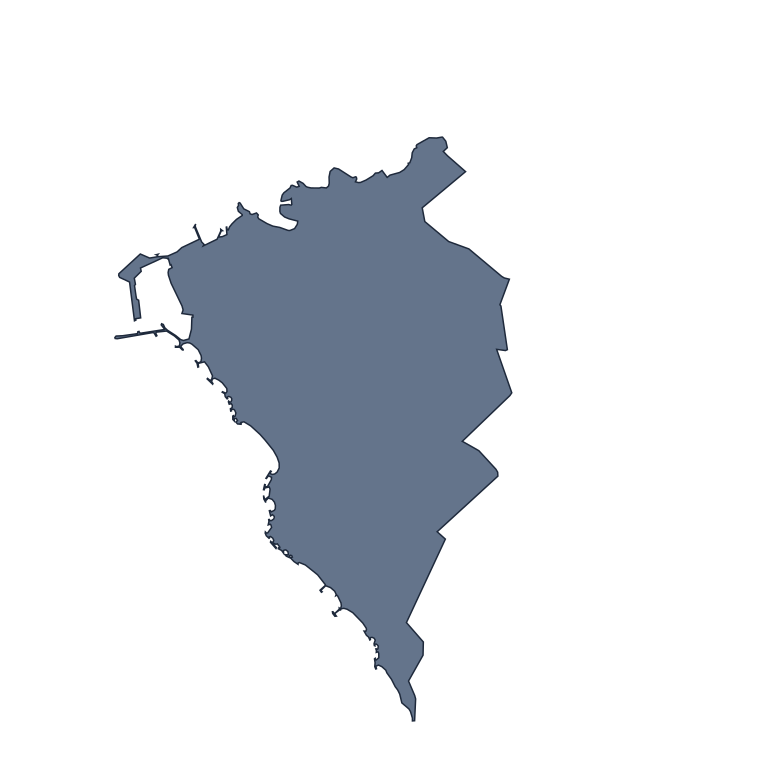 Mangalia, Constanta, Romania (Equal Earth projection), rotated 136°
{"feature_id": "2599482B15082485169173", "entity_name": "Mangalia", "entity_type": "district", "adm_level": 2, "iso_a3": "ROU", "parent_name": "Romania", "parent_adm1": "Constanta", "projection": "equal_earth", "projection_center": [28.576, 43.845], "detail": "fine", "context": "isolated", "style": "filled", "palette": "slate", "viewbox_px": 768, "rotation_deg": 136, "n_neighbors": 0, "source": "geoboundaries", "source_scale": "gbopen_adm2", "svg_char_len": 6171}
<svg xmlns="http://www.w3.org/2000/svg" viewBox="0 0 768 768"><g transform="rotate(136 384 384)"><path d="M221.0,372.3L223.8,376.7L224.6,379.6L229.1,422.2L238.5,441.5L241.8,472.5L234.1,484.2L177.8,480.1L179.8,504.1L179.8,510.1L174.3,510.0L170.9,515.7L170.4,520.9L171.0,521.5L175.3,524.4L180.5,529.8L193.9,533.3L195.4,532.9L196.3,531.2L199.0,532.1L203.1,530.7L206.9,527.5L211.8,525.2L213.3,526.0L213.9,524.8L220.6,524.2L225.8,525.3L234.6,530.1L238.2,530.4L237.1,539.0L241.1,539.6L243.7,541.7L247.2,541.4L255.3,543.2L260.9,545.3L262.5,546.7L264.1,549.3L261.2,550.4L260.2,552.0L260.5,552.8L263.1,554.0L263.9,555.8L267.3,570.2L269.8,574.1L275.1,574.3L279.7,571.1L284.0,566.4L286.5,564.9L289.3,565.1L292.5,569.0L294.4,569.9L300.3,575.7L302.3,578.7L302.9,580.3L302.8,584.5L304.2,589.1L306.2,589.6L307.7,585.1L310.0,586.2L311.8,590.5L312.9,591.3L315.4,590.3L323.2,591.1L326.0,590.6L330.7,587.6L331.0,586.8L329.9,585.7L324.0,582.2L321.8,581.8L325.6,577.2L326.6,577.2L327.9,579.3L334.1,584.4L336.1,583.4L339.0,580.5L340.0,578.6L339.5,573.2L337.6,568.8L332.9,561.1L335.4,559.1L340.4,557.9L345.1,559.8L346.3,561.1L350.2,569.0L354.3,574.8L356.7,580.6L359.3,589.8L358.9,591.8L357.0,593.0L356.9,595.6L361.2,597.6L362.1,599.4L361.1,601.5L363.2,607.4L361.8,614.1L362.2,615.1L363.4,615.1L364.6,613.5L366.9,612.9L368.8,609.4L368.3,604.4L368.9,603.7L375.8,604.9L382.1,604.8L385.9,604.3L388.9,603.0L389.6,603.8L388.1,606.2L388.5,606.4L393.2,600.6L397.9,602.3L401.0,604.6L394.7,607.2L393.7,606.5L394.0,608.7L395.2,607.4L403.5,604.1L418.1,608.9L416.5,609.4L416.5,612.8L410.8,627.4L410.0,628.9L408.3,629.9L412.3,628.8L411.5,628.1L416.2,616.4L434.7,622.6L441.2,622.8L450.5,626.2L458.2,632.6L457.3,634.2L456.4,634.3L458.0,635.2L457.6,634.4L458.7,633.0L465.1,637.4L469.0,646.8L498.1,647.5L499.5,646.3L500.1,644.3L496.2,634.1L519.6,602.8L518.1,602.3L517.3,603.5L513.1,600.6L502.3,614.7L503.0,616.9L501.3,619.5L495.1,628.1L493.6,628.3L490.1,633.6L480.4,633.7L478.6,636.6L455.5,628.5L452.5,625.0L452.7,624.5L451.9,624.2L455.2,618.1L454.3,617.8L455.6,614.9L459.2,616.0L461.8,614.2L463.5,612.0L467.2,604.3L475.1,580.4L477.1,576.8L480.4,575.1L473.6,566.3L475.0,564.8L475.8,565.5L484.4,557.2L493.0,551.9L498.0,554.6L499.4,557.1L500.2,563.6L502.4,573.1L502.6,576.7L501.4,580.1L502.1,581.8L503.2,581.3L503.8,575.7L504.2,575.8L523.5,589.4L524.3,590.6L523.7,592.0L524.7,592.6L526.4,591.5L538.5,600.3L543.4,604.6L545.3,604.4L545.8,603.5L544.5,601.9L514.9,581.8L513.9,580.6L514.8,576.7L513.8,576.5L512.9,579.0L511.8,579.5L503.6,573.1L501.4,564.1L500.9,558.0L502.3,555.3L504.7,553.5L507.1,554.8L507.7,556.1L508.5,555.3L505.4,552.4L505.4,548.6L504.9,548.0L504.5,548.3L504.3,551.7L503.3,552.4L500.5,552.4L496.9,550.5L495.3,548.5L494.5,546.1L493.8,537.8L495.8,531.5L497.4,529.3L499.9,527.4L501.0,527.4L503.2,528.5L503.0,531.5L503.7,531.7L504.1,528.8L506.2,525.4L505.5,525.1L503.4,527.9L497.7,524.6L498.4,518.4L501.7,509.0L504.5,507.2L506.6,507.1L507.0,510.6L507.7,510.5L507.4,502.9L506.7,503.2L506.5,505.2L504.0,506.9L501.6,505.6L500.2,501.7L499.5,497.2L500.2,490.0L502.1,487.7L503.6,487.3L504.3,487.6L505.5,490.6L506.1,490.5L505.3,487.7L507.0,485.2L507.2,482.3L506.6,482.1L506.0,483.5L504.3,482.9L503.4,480.9L503.7,479.3L505.0,478.0L506.7,477.5L507.6,478.0L507.6,479.6L508.3,479.3L509.4,477.0L507.5,475.9L507.9,474.1L509.6,472.5L511.7,472.9L513.1,471.0L512.4,470.6L511.3,471.8L509.7,470.1L509.6,468.9L510.7,466.0L513.5,464.3L514.8,464.7L514.3,465.8L515.1,466.0L517.4,463.5L517.4,461.4L515.7,463.1L514.2,461.8L514.8,459.4L517.0,459.6L517.1,457.0L514.8,454.3L514.3,454.5L514.4,455.5L513.6,455.7L511.0,454.1L509.0,446.6L508.2,433.9L508.5,426.4L509.7,413.1L511.7,405.6L514.3,400.0L517.7,396.4L522.0,394.9L525.2,395.2L527.2,396.6L528.3,399.0L525.8,399.5L526.1,400.3L534.4,398.2L534.2,397.7L530.9,398.2L529.7,395.0L531.6,393.4L538.9,391.2L541.3,392.6L539.4,394.1L539.7,394.6L544.1,391.7L543.7,391.1L541.9,392.0L538.1,389.6L539.0,387.5L544.5,383.1L549.4,383.5L549.8,384.1L548.1,387.5L550.3,384.8L551.4,380.9L550.3,382.2L546.4,382.3L544.6,378.7L544.9,375.1L546.5,372.0L549.0,369.7L550.6,369.3L553.8,370.3L553.7,372.1L554.5,372.5L557.2,367.9L555.0,367.5L554.9,365.0L555.8,364.1L557.2,363.5L559.7,363.9L560.9,364.8L560.6,366.3L561.1,366.6L562.2,365.1L565.2,363.1L563.3,362.2L563.3,361.0L564.5,358.9L571.0,357.7L572.1,358.4L572.1,360.0L573.1,359.2L574.1,356.6L573.9,352.9L573.2,352.8L572.7,353.7L571.5,353.1L571.1,350.4L571.9,348.1L573.1,347.5L574.8,347.8L574.8,349.5L575.6,349.1L576.0,340.7L575.1,341.0L574.9,346.1L574.0,346.1L573.1,343.8L571.7,343.1L572.3,338.9L573.2,338.4L573.7,339.4L574.5,339.0L573.3,335.4L573.8,332.0L572.0,334.0L571.2,333.8L569.9,332.9L569.5,330.3L571.1,327.9L571.9,327.9L573.6,329.9L573.9,328.1L572.6,324.8L571.8,325.0L571.3,326.1L570.2,325.8L569.6,324.7L570.2,323.1L572.1,323.8L572.1,318.8L571.1,314.0L570.1,314.9L568.9,314.4L566.3,308.5L564.3,292.9L565.6,280.4L566.1,279.9L573.3,280.1L573.7,277.7L572.8,277.5L572.9,279.4L566.1,279.4L563.9,274.7L563.4,269.2L564.5,265.9L565.8,265.2L564.6,264.9L564.6,263.6L567.0,256.4L568.8,254.0L570.5,253.0L571.6,253.0L571.8,254.0L572.6,253.1L579.1,253.1L578.9,255.7L579.3,256.0L580.3,254.6L580.7,251.0L579.5,250.1L579.1,252.9L577.3,252.9L572.5,252.3L572.2,251.6L571.0,252.1L568.7,250.5L567.0,247.6L565.3,241.2L565.3,226.8L566.4,220.7L567.1,219.6L568.8,218.8L570.0,220.1L571.2,215.4L570.9,212.7L572.0,209.7L571.3,209.6L570.6,210.9L569.5,210.8L568.4,209.8L567.7,207.9L568.2,205.9L571.6,204.1L572.7,202.5L572.4,201.9L571.5,203.0L570.4,202.6L570.0,201.2L570.2,199.4L572.4,197.7L573.8,198.1L573.5,198.8L573.9,199.1L574.7,197.4L576.0,196.3L574.4,195.6L574.8,194.0L577.9,190.7L581.3,190.9L581.7,191.6L580.9,192.8L581.8,192.9L584.0,189.7L587.0,187.1L587.9,184.7L587.2,184.4L585.9,186.7L583.2,185.6L581.9,182.2L581.5,176.9L582.6,174.2L583.8,166.3L586.2,158.5L586.7,154.4L588.1,150.0L592.7,142.2L591.8,132.9L592.5,130.0L595.6,124.0L597.6,121.9L595.9,120.5L580.0,135.5L578.3,138.6L572.7,153.3L544.3,161.8L534.9,171.1L533.6,196.8L447.6,229.8L448.4,240.8L366.1,238.6L363.5,241.6L362.7,245.0L362.1,270.1L367.5,288.4L301.5,288.2L298.2,288.9L278.9,330.7L273.4,323.7L271.4,323.0L245.7,358.9L245.6,360.5L221.0,372.3Z" fill="#64748b" stroke="#1e293b" stroke-width="1.5"/></g></svg>